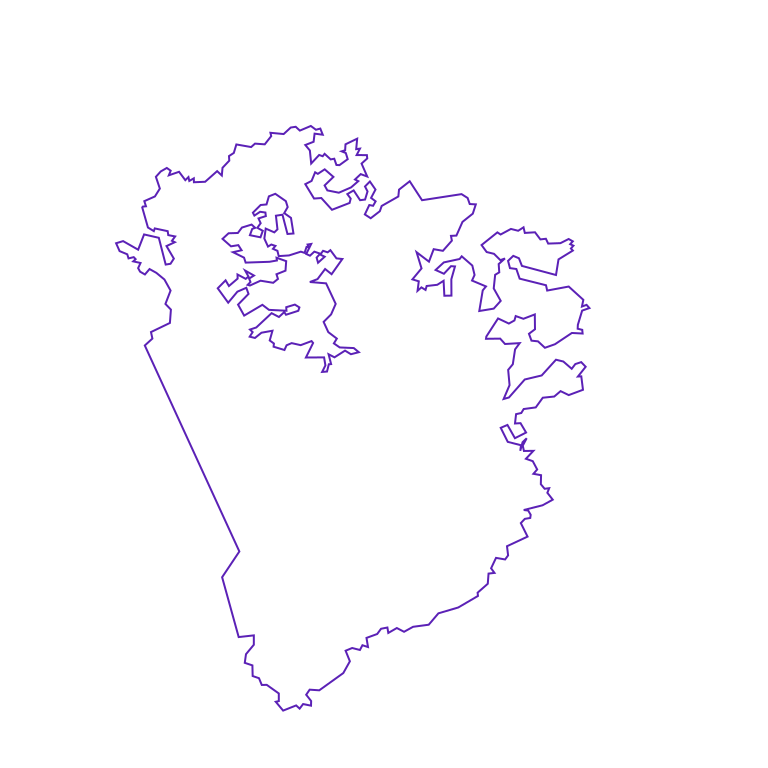 the district of Cañazas, Veraguas, Panama, rotated 70°
{"feature_id": "35544464B38467816512648", "entity_name": "Cañazas", "entity_type": "district", "adm_level": 2, "iso_a3": "PAN", "parent_name": "Panama", "parent_adm1": "Veraguas", "projection": "natural_earth1", "projection_center": [-81.335, 8.382], "detail": "fine", "context": "isolated", "style": "outline", "palette": "violet", "viewbox_px": 768, "rotation_deg": 70, "n_neighbors": 0, "source": "geoboundaries", "source_scale": "gbopen_adm2", "svg_char_len": 6166}
<svg xmlns="http://www.w3.org/2000/svg" viewBox="0 0 768 768"><g transform="rotate(70 384 384)"><path d="M121.8,361.0L116.5,364.5L117.1,376.4L112.1,379.0L111.1,383.9L114.8,392.8L109.1,404.8L112.5,405.2L118.0,414.1L114.0,423.0L115.9,427.8L108.4,440.8L115.5,446.1L116.8,451.7L121.2,453.0L125.6,461.8L132.6,465.1L126.9,468.0L132.8,482.9L129.4,493.6L125.7,492.4L126.6,497.5L122.7,497.0L124.5,501.0L114.5,504.0L114.3,514.8L110.6,511.5L106.7,514.2L107.9,521.1L111.3,527.5L123.7,527.8L129.4,535.1L130.2,546.7L135.6,546.9L134.8,550.0L135.4,550.8L156.2,552.3L161.6,548.0L159.4,546.2L166.4,535.0L170.3,535.8L173.9,529.8L176.9,534.3L179.2,532.1L180.0,541.2L194.3,538.6L198.0,543.5L197.1,548.3L169.6,545.6L161.4,558.3L173.7,569.1L160.5,580.3L160.1,587.6L168.7,587.0L174.3,580.9L178.6,581.1L179.2,575.8L181.7,574.7L183.0,577.7L187.0,571.4L191.0,575.4L195.0,574.8L199.3,571.2L195.8,565.0L201.7,559.9L210.7,554.6L223.2,552.6L234.0,562.0L241.2,558.8L253.4,564.3L255.5,585.2L262.1,586.1L266.0,595.6L491.9,577.2L510.2,602.2L572.1,607.1L575.7,592.3L584.5,595.5L590.7,606.1L598.4,610.2L603.4,603.9L613.5,607.3L617.7,602.1L625.0,601.8L626.6,597.1L638.8,588.7L646.0,591.3L645.6,594.4L656.4,590.5L656.0,576.5L660.2,574.3L657.1,569.5L661.3,562.6L657.0,560.9L649.4,563.4L645.8,558.4L649.7,549.6L641.7,521.1L632.9,510.9L621.5,511.3L621.2,504.2L625.7,497.6L622.1,493.6L625.7,489.0L616.6,487.3L616.6,475.9L613.0,470.5L614.0,464.1L619.4,465.1L617.7,455.4L623.7,449.9L622.1,439.7L625.5,424.3L618.1,411.3L619.4,390.7L615.3,368.2L612.1,367.4L607.2,354.8L597.9,350.6L599.3,344.8L593.8,346.4L585.7,338.2L590.3,330.2L587.5,326.0L578.5,323.9L576.5,301.3L561.5,303.0L558.9,297.8L559.9,292.4L557.1,290.9L552.2,291.8L550.2,295.8L552.2,276.5L550.4,265.0L542.1,267.7L538.4,264.4L537.4,268.9L531.8,270.9L523.4,267.6L519.5,274.3L516.7,269.3L507.4,270.6L502.8,276.2L497.9,266.5L494.8,275.4L489.4,274.7L483.8,268.5L486.1,273.7L493.4,278.8L488.4,276.2L480.7,287.5L465.1,289.3L464.7,282.0L479.7,279.5L478.2,267.1L467.5,269.1L465.9,274.4L457.5,270.2L458.2,264.9L455.3,261.3L457.9,249.4L451.2,239.5L454.0,228.3L451.1,220.5L457.6,214.2L457.5,199.0L444.3,196.0L443.3,199.2L436.8,188.6L430.9,191.2L430.7,197.4L433.9,202.4L424.2,207.8L420.0,214.1L429.9,232.9L427.9,250.2L439.4,271.2L439.0,276.7L428.0,266.4L413.2,262.5L409.5,256.2L396.3,249.0L392.0,242.5L387.8,256.6L381.1,259.3L376.4,272.7L374.4,271.6L361.4,254.4L369.9,246.0L368.9,239.7L365.2,237.0L370.4,230.7L370.2,218.5L384.2,223.4L386.4,230.6L393.7,230.6L396.6,224.7L405.0,220.4L405.1,209.7L400.3,190.0L404.5,180.1L400.9,179.2L398.3,183.1L394.7,181.6L382.8,172.7L382.9,165.0L378.9,166.6L378.9,171.5L373.1,167.9L355.6,177.1L352.0,198.7L346.6,198.0L331.4,220.5L321.2,220.3L318.2,226.0L310.7,225.3L307.8,218.7L312.0,214.2L320.2,214.0L340.4,185.1L326.6,177.4L323.2,160.9L320.6,162.0L318.8,158.7L316.3,161.2L314.5,157.8L310.9,160.9L312.0,170.0L308.2,181.7L302.9,182.2L301.6,187.6L293.1,190.2L290.2,200.0L284.5,199.3L285.9,205.5L281.7,211.7L283.4,223.3L280.3,225.6L286.8,244.8L295.1,242.4L299.3,236.1L307.4,232.3L307.4,227.4L310.5,235.2L318.5,237.5L319.4,242.2L331.7,248.2L345.8,245.9L350.7,255.1L348.0,269.5L329.8,259.2L327.2,254.8L316.9,265.9L312.5,261.6L302.9,260.5L290.6,267.3L292.4,270.2L290.2,286.2L294.5,296.5L300.9,290.0L296.2,280.7L297.8,277.1L308.6,284.9L324.0,290.4L321.7,297.1L307.4,292.7L309.0,300.0L306.5,310.4L309.8,312.8L306.0,315.8L307.9,320.6L299.4,316.2L295.4,321.5L288.2,309.2L271.3,308.3L284.4,299.9L274.3,291.2L279.0,283.1L272.5,271.2L267.7,270.4L269.3,265.2L258.5,254.8L254.3,242.3L246.6,236.3L244.2,241.9L237.8,241.8L232.1,246.2L224.3,285.4L202.3,290.5L206.5,303.4L212.7,306.4L215.9,325.3L220.2,328.8L223.7,339.8L218.1,344.0L210.8,336.6L212.8,333.3L209.5,329.4L204.7,332.5L198.4,325.5L188.9,328.0L191.9,334.3L197.4,333.6L204.2,338.7L203.1,343.6L191.7,346.3L193.0,353.5L198.4,351.9L202.1,354.4L202.5,373.3L187.8,379.3L185.8,386.3L169.3,389.6L168.4,382.6L161.5,376.3L163.9,374.3L162.0,366.3L172.1,360.7L177.1,371.9L182.7,371.0L188.8,361.0L188.0,347.7L184.6,338.8L181.9,341.3L178.8,334.1L183.3,328.8L169.2,329.7L166.3,322.6L163.1,321.8L159.5,331.4L154.6,326.1L153.8,329.8L144.3,325.3L145.6,338.2L151.1,340.6L150.9,344.2L153.9,340.9L160.3,341.2L163.1,351.0L161.9,353.8L155.3,353.7L154.7,357.3L147.4,361.1L149.0,363.7L146.6,366.6L151.9,377.0L139.2,373.8L132.5,376.2L132.3,367.3L125.0,363.6L128.8,356.3L122.2,356.5L121.8,361.0ZM237.2,507.5L232.4,497.4L238.9,496.2L234.9,485.5L231.0,484.2L237.9,478.0L236.7,474.6L229.9,475.7L237.6,469.1L238.8,474.7L242.5,474.6L244.2,478.2L245.6,476.3L244.7,464.7L251.0,453.5L249.0,447.7L244.1,447.5L243.8,437.8L235.1,433.9L228.6,441.8L231.3,442.4L230.0,449.8L222.6,472.5L217.4,472.3L208.5,480.8L209.6,472.1L203.7,473.4L202.3,480.7L192.4,486.1L189.2,478.5L192.1,469.7L188.4,464.0L188.9,453.9L193.2,451.6L193.2,454.8L198.3,459.1L203.9,449.9L198.6,445.5L193.9,449.6L190.7,444.9L185.5,445.3L185.8,437.6L182.3,436.8L179.8,441.5L181.4,448.2L178.2,448.6L173.6,438.7L175.1,433.0L168.3,428.0L168.1,421.1L178.6,413.7L184.8,414.0L189.3,419.3L196.1,414.6L211.6,417.6L210.0,423.4L190.2,421.5L188.9,428.0L202.2,431.2L204.0,435.2L197.5,442.0L206.4,446.7L215.2,446.0L214.4,442.2L217.1,438.8L219.0,442.1L222.4,438.6L227.8,439.2L230.7,429.3L231.2,416.9L233.6,413.8L228.7,409.9L229.8,408.0L226.8,408.1L227.5,404.5L235.2,412.6L238.1,409.7L235.8,404.2L239.7,399.4L242.2,404.1L247.5,404.5L244.1,396.2L240.6,399.6L238.0,395.7L241.0,391.9L239.9,388.6L249.7,385.7L252.3,380.4L262.9,395.7L255.8,400.0L262.7,410.6L262.8,418.8L269.6,404.0L292.2,402.0L300.5,409.9L305.0,419.5L316.2,418.6L325.2,412.8L328.7,417.2L334.5,413.1L339.9,400.1L345.5,396.8L344.7,404.9L339.3,409.2L342.0,421.4L337.1,425.9L347.2,426.9L346.6,429.1L352.8,433.3L351.5,438.0L346.5,432.7L338.5,431.2L332.4,448.3L321.2,436.6L318.9,437.4L319.0,449.0L314.0,456.8L314.3,462.3L318.0,465.9L311.2,475.0L308.3,473.6L304.0,476.5L295.8,470.6L293.9,481.6L296.6,489.5L293.6,494.0L290.3,489.7L287.0,491.3L287.2,484.7L279.0,465.4L285.1,459.8L282.3,453.1L285.4,452.4L285.9,439.5L283.1,437.3L278.9,440.6L278.4,449.6L281.8,450.6L275.0,466.7L268.0,471.2L271.9,492.0L259.5,494.0L253.0,480.5L246.5,480.5L247.1,490.2L254.3,502.6L237.2,507.5Z" fill="none" stroke="#5b21b6" stroke-width="2"/></g></svg>